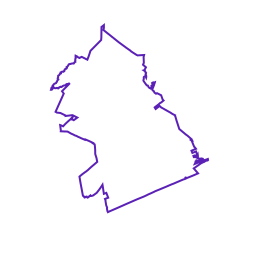 Mapastepec, Chiapas, Mexico (orthographic projection), rotated 293°
{"feature_id": "50627088B6586948636564", "entity_name": "Mapastepec", "entity_type": "district", "adm_level": 2, "iso_a3": "MEX", "parent_name": "Mexico", "parent_adm1": "Chiapas", "projection": "orthographic", "projection_center": [-92.868, 15.447], "detail": "fine", "context": "isolated", "style": "outline", "palette": "violet", "viewbox_px": 256, "rotation_deg": 293, "n_neighbors": 0, "source": "geoboundaries", "source_scale": "gbopen_adm2", "svg_char_len": 5711}
<svg xmlns="http://www.w3.org/2000/svg" viewBox="0 0 256 256"><g transform="rotate(293 128 128)"><path d="M171.1,145.7L171.4,141.1L171.3,140.9L170.8,140.6L170.5,140.4L170.8,139.1L170.9,138.6L171.0,138.4L172.0,137.4L172.1,136.6L172.4,135.8L172.7,135.5L173.4,135.3L173.9,135.1L174.7,135.3L176.1,135.2L177.6,135.2L179.4,134.9L180.1,135.0L180.6,134.9L180.0,134.3L179.9,133.4L178.8,132.6L178.1,133.4L177.6,134.5L177.1,134.4L177.2,134.0L176.3,133.2L176.0,133.7L175.6,133.5L173.3,133.4L173.2,133.4L173.3,132.7L173.2,132.3L173.6,131.1L174.8,129.7L174.6,128.6L174.9,128.2L175.0,127.8L175.8,126.5L176.2,125.8L176.8,124.9L177.1,124.4L177.5,123.8L178.0,123.5L179.2,123.4L180.8,122.7L181.3,122.7L181.8,123.0L182.0,123.2L182.3,124.1L181.5,125.0L182.0,124.9L182.4,124.8L183.1,124.2L183.4,124.2L183.7,124.0L183.7,123.8L183.7,123.5L183.9,123.3L184.6,123.1L185.3,123.2L185.5,123.1L185.8,123.1L186.1,122.6L186.2,122.2L186.5,121.9L186.8,121.8L187.0,121.6L187.0,121.1L187.2,120.0L187.6,120.5L190.9,120.8L192.1,117.1L194.2,117.1L199.5,114.6L201.5,114.3L198.6,108.5L198.6,107.4L199.7,101.0L200.1,100.1L201.1,95.4L201.8,92.5L202.5,89.5L203.3,86.1L208.6,67.1L210.7,66.7L213.3,65.6L212.2,65.0L211.6,64.9L211.3,64.7L211.2,64.4L210.7,64.1L200.9,68.1L198.5,68.9L184.4,63.3L178.3,63.8L175.0,63.9L175.4,57.6L175.2,57.3L174.4,56.8L174.3,56.5L173.9,56.2L173.5,56.0L173.4,55.8L173.6,55.1L173.6,54.1L173.7,53.8L173.8,53.1L174.1,52.7L173.9,52.0L174.0,51.5L173.6,51.6L173.1,52.0L172.7,52.4L172.1,52.3L171.7,52.6L170.8,52.5L169.6,53.2L169.4,53.2L169.1,53.1L168.3,53.7L168.0,53.4L167.7,53.3L167.6,53.1L167.0,52.9L166.6,53.0L166.2,52.9L166.0,52.6L165.8,51.8L165.4,51.1L165.0,50.6L164.6,50.3L164.4,50.0L164.4,49.7L164.1,49.4L163.9,48.9L162.9,48.5L162.4,48.6L160.8,48.2L160.4,47.8L160.1,47.6L159.9,47.7L159.9,48.1L159.6,48.3L159.4,48.3L158.7,48.2L158.4,48.0L158.0,47.4L157.3,46.9L156.7,47.0L156.5,46.9L155.8,47.2L155.3,47.1L155.1,46.9L155.0,46.5L154.8,46.3L154.5,46.3L154.4,46.3L154.1,45.4L153.9,45.1L153.5,44.9L152.8,44.2L152.4,44.3L152.3,44.9L152.1,45.0L151.9,44.8L151.7,44.4L151.5,44.2L151.1,44.1L150.6,44.2L150.3,44.0L149.9,44.0L149.2,43.6L148.9,43.3L148.6,43.3L147.8,43.7L147.4,43.9L146.5,43.8L146.0,43.9L145.6,44.2L145.6,44.9L145.5,45.0L145.4,45.0L145.0,44.7L144.7,44.5L143.7,44.4L143.0,44.5L142.6,44.5L142.1,44.2L141.2,44.2L139.9,42.9L138.7,42.4L138.2,42.4L137.4,42.8L137.0,42.9L137.0,42.5L137.0,42.1L136.9,42.1L136.1,42.5L135.2,41.9L134.8,41.8L133.6,42.2L133.1,42.2L133.2,42.5L133.6,42.9L133.9,42.8L134.1,43.0L134.3,43.1L134.5,43.2L135.0,43.2L135.2,43.4L135.6,43.4L136.0,43.9L136.2,44.3L136.1,44.7L136.1,45.2L136.2,45.3L136.3,45.7L136.5,46.2L137.1,46.8L137.3,47.6L137.1,48.1L137.3,48.5L137.8,48.7L138.3,48.7L138.6,48.8L139.2,49.4L139.3,49.7L139.7,49.9L139.8,50.3L139.7,50.5L139.8,50.8L141.1,51.5L141.8,52.1L142.2,52.6L142.9,53.7L143.1,53.9L143.9,54.0L144.4,54.3L144.7,54.7L145.0,55.5L145.7,56.0L145.9,56.5L146.5,57.0L136.1,52.9L134.6,55.4L114.6,55.0L114.4,56.5L115.4,59.9L115.1,65.8L114.7,65.9L118.0,71.6L117.6,72.8L118.1,72.8L117.8,77.3L114.0,75.0L114.1,74.2L113.9,72.8L117.0,72.8L113.2,71.5L111.7,70.7L107.5,68.8L104.2,67.6L104.3,65.2L104.2,64.4L99.4,67.2L98.7,67.4L101.1,73.8L100.6,77.9L100.6,80.1L100.4,82.4L100.6,83.6L100.4,85.0L100.4,87.3L100.3,88.6L100.3,89.6L100.3,90.5L100.3,93.1L100.8,93.1L100.8,97.5L100.6,101.7L100.2,101.6L99.9,103.7L98.2,104.7L95.1,106.3L91.5,107.9L91.0,108.2L88.1,110.7L84.8,112.9L77.4,109.2L73.4,107.4L71.4,106.3L70.5,105.7L67.8,104.1L64.3,102.3L59.1,105.6L48.0,113.0L47.9,113.9L47.7,114.3L47.4,114.6L47.1,114.9L47.0,115.2L47.1,115.4L47.3,115.5L47.9,115.6L48.1,115.9L48.2,116.5L48.3,116.7L48.7,116.9L48.4,117.5L48.1,117.8L48.1,118.0L49.2,118.8L49.8,118.9L50.5,119.3L51.2,119.7L50.8,120.1L51.2,121.0L52.2,122.2L56.0,124.5L59.8,125.5L62.9,126.2L65.8,126.7L64.2,127.7L58.0,131.5L59.8,133.4L56.1,137.0L53.7,134.5L52.7,135.5L51.7,136.0L48.4,138.1L47.2,139.2L47.1,139.4L46.7,139.8L46.3,140.0L45.6,140.1L43.5,141.5L42.7,142.4L44.0,143.5L50.2,149.4L58.1,156.8L66.0,164.3L70.8,169.1L72.3,170.5L75.0,172.8L76.0,173.8L79.4,176.9L80.4,177.7L83.8,181.1L88.6,185.8L93.3,190.3L94.5,191.6L98.4,195.3L98.5,195.5L98.9,195.8L102.1,198.9L103.4,200.4L104.0,200.9L104.3,201.0L104.5,200.9L104.5,200.6L104.8,200.3L105.0,200.5L105.0,200.8L104.9,201.2L104.7,201.3L104.7,201.6L105.1,201.9L109.8,206.6L113.6,210.2L116.5,204.3L124.0,209.0L125.9,210.6L126.2,211.0L126.5,211.3L128.3,212.5L129.0,213.7L129.4,214.1L129.8,214.2L130.7,213.6L129.0,211.8L128.1,210.5L126.9,209.5L126.2,208.6L125.8,208.3L124.0,206.7L123.4,205.8L122.5,205.1L121.0,203.5L124.9,203.6L125.0,204.2L124.8,204.2L124.3,203.8L124.3,204.3L124.9,204.7L125.2,205.0L125.6,205.8L125.9,206.0L126.3,206.6L126.9,207.2L129.2,209.9L129.0,209.6L128.9,208.9L128.7,208.6L128.7,208.4L128.8,208.0L128.7,207.6L128.5,207.1L128.2,206.9L127.8,206.4L127.8,206.0L127.5,205.5L127.5,205.3L127.8,204.6L127.3,203.6L127.5,203.4L127.8,203.3L128.5,203.6L128.8,203.5L129.0,203.3L129.4,203.1L129.7,202.8L129.8,202.9L129.9,203.1L130.4,202.8L130.1,202.8L130.0,202.5L129.7,202.2L128.6,202.2L128.4,202.0L128.0,202.0L127.6,201.7L127.3,201.1L127.3,200.7L127.4,200.3L127.3,200.2L127.1,200.2L126.9,200.0L127.0,199.8L127.9,199.1L128.7,200.0L128.4,200.4L128.9,200.8L129.4,201.5L129.9,201.6L130.1,201.8L130.5,202.0L133.0,199.8L130.2,197.0L131.9,195.3L135.4,198.7L136.3,197.1L136.6,196.2L140.9,191.9L141.1,192.1L141.4,190.8L141.9,191.2L142.1,190.6L142.4,190.9L142.5,190.9L143.7,187.2L144.2,185.7L144.6,183.8L146.1,178.9L147.1,175.6L153.9,169.7L157.1,167.1L157.6,166.5L158.1,166.4L158.3,163.4L158.7,161.3L159.9,150.5L159.9,150.4L160.7,148.3L160.2,147.9L160.1,148.2L156.3,146.0L157.4,144.5L161.8,147.0L163.2,147.6L164.7,148.7L167.2,150.0L167.7,148.8L171.1,145.7Z" fill="none" stroke="#5b21b6" stroke-width="2"/></g></svg>